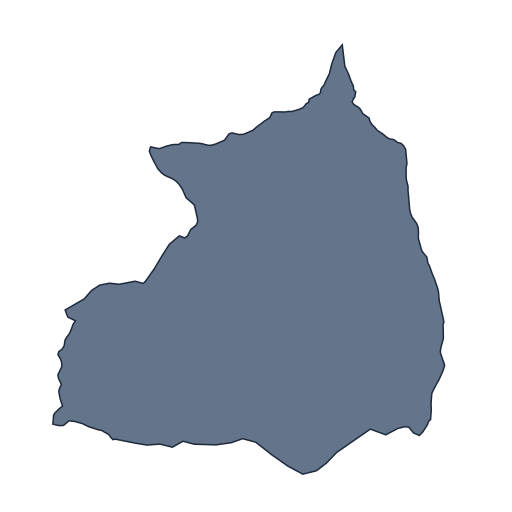 Talo, Punakha, Bhutan, rotated 93°
{"feature_id": "84629894B89675802182154", "entity_name": "Talo", "entity_type": "district", "adm_level": 2, "iso_a3": "BTN", "parent_name": "Bhutan", "parent_adm1": "Punakha", "projection": "orthographic", "projection_center": [89.823, 27.557], "detail": "fine", "context": "isolated", "style": "filled", "palette": "slate", "viewbox_px": 512, "rotation_deg": 93, "n_neighbors": 0, "source": "geoboundaries", "source_scale": "gbopen_adm2", "svg_char_len": 2871}
<svg xmlns="http://www.w3.org/2000/svg" viewBox="0 0 512 512"><g transform="rotate(93 256 256)"><path d="M434.5,450.1L435.0,447.9L435.7,443.6L435.3,439.4L430.4,434.1L430.7,428.6L432.4,420.7L435.2,414.3L437.8,404.5L438.2,401.2L441.9,393.9L446.9,389.4L446.3,386.9L449.2,366.8L450.5,355.1L448.9,342.0L451.3,329.5L444.8,319.2L447.2,307.8L446.7,286.1L443.7,270.8L439.1,259.8L442.0,246.5L454.4,228.8L464.4,212.8L471.4,197.8L467.3,184.4L459.2,174.9L447.9,165.1L422.9,132.8L427.8,117.0L420.7,105.2L418.7,98.4L418.9,94.5L424.4,89.5L426.7,83.5L423.0,80.2L419.7,78.3L415.6,76.0L412.1,75.0L410.2,73.1L400.1,72.9L395.4,73.4L389.4,73.4L383.8,73.2L376.6,70.1L370.0,66.8L362.1,63.7L355.8,61.9L353.3,62.6L343.6,66.6L341.1,66.9L337.1,66.5L333.9,65.7L328.8,64.6L326.2,64.7L321.2,65.1L314.6,65.6L312.2,64.9L308.4,65.8L298.7,68.6L296.5,69.1L294.1,69.8L291.6,70.6L282.1,71.9L279.3,72.7L269.7,76.5L265.1,78.8L257.0,82.2L254.1,84.0L248.2,85.3L243.7,89.5L241.4,91.0L232.9,93.8L230.0,94.8L223.9,95.0L219.2,95.5L215.4,97.1L211.4,100.2L209.4,101.9L205.7,103.8L201.3,105.0L186.7,107.0L183.0,107.6L178.6,107.8L171.7,109.9L166.2,110.4L159.7,110.7L156.3,110.1L153.0,110.5L141.7,112.1L138.1,114.5L136.0,116.9L135.1,120.9L133.4,123.0L132.3,125.7L132.2,128.3L130.8,131.4L127.5,135.7L124.2,141.5L121.7,143.7L118.8,146.9L115.7,149.2L112.3,150.3L108.3,156.8L106.0,158.1L103.4,160.0L102.0,161.7L100.6,164.4L99.2,166.6L97.2,168.0L94.3,167.1L92.2,165.7L86.8,165.0L85.1,167.0L80.9,167.8L76.4,170.2L70.1,172.8L61.9,177.2L40.6,180.9L48.6,186.9L54.7,188.8L61.6,190.7L69.9,192.2L78.9,196.0L81.6,196.9L84.5,199.1L86.6,200.1L89.5,200.1L91.4,201.8L92.2,204.2L95.3,209.0L96.4,211.0L99.9,211.6L101.3,213.9L103.1,215.0L105.5,216.9L107.4,220.9L109.9,227.9L109.9,231.2L110.6,234.0L111.1,245.4L112.4,247.7L117.0,249.4L121.0,254.9L123.0,257.1L126.5,261.4L130.7,265.9L135.1,274.7L135.6,279.4L134.3,286.5L135.5,289.4L142.0,293.5L146.1,301.8L147.5,305.5L148.0,308.9L147.4,312.5L146.8,315.0L146.4,318.3L146.4,323.9L146.3,327.7L146.5,336.1L148.7,339.1L148.9,343.6L149.6,346.7L151.1,351.5L153.7,357.6L153.7,359.8L152.5,367.0L156.7,368.0L159.1,367.1L162.7,365.3L167.1,362.8L174.0,358.6L177.9,354.7L180.0,351.7L181.4,348.4L182.9,344.2L185.0,340.3L188.6,336.4L193.6,332.8L201.4,328.9L208.3,320.2L221.1,316.6L224.4,316.0L228.2,317.2L233.0,322.6L239.3,325.3L241.7,328.0L239.9,333.7L244.7,338.7L248.9,343.2L261.5,350.3L273.9,356.8L287.2,365.2L289.3,367.2L287.5,375.4L291.4,391.2L290.8,400.8L293.2,410.5L299.0,418.4L307.8,425.3L319.9,443.8L326.9,440.7L330.1,433.0L333.6,435.0L338.7,436.6L341.8,437.7L343.9,438.7L346.8,440.7L350.0,442.3L355.8,442.9L359.1,444.7L362.0,448.0L365.0,448.6L369.3,445.7L373.0,444.4L376.5,444.1L385.0,447.6L388.6,446.8L394.6,443.6L397.1,444.8L400.7,445.8L403.8,445.4L409.1,444.0L416.0,441.4L419.3,445.0L423.2,448.5L425.4,449.8L429.8,449.9L434.5,450.1Z" fill="#64748b" stroke="#1e293b" stroke-width="1.5"/></g></svg>